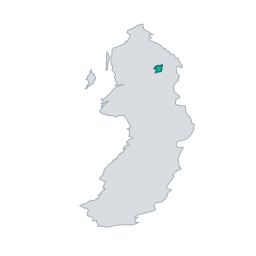 Lidköping, Västra Götaland, Sweden (highlighted), rotated 158°
{"feature_id": "70781695B58829616428329", "entity_name": "Lidköping", "entity_type": "district", "adm_level": 2, "iso_a3": "SWE", "parent_name": "Sweden", "parent_adm1": "Västra Götaland", "projection": "equal_earth", "projection_center": [13.062, 58.573], "detail": "fine", "context": "in_parent", "style": "filled", "palette": "teal", "viewbox_px": 256, "rotation_deg": 158, "n_neighbors": 0, "source": "geoboundaries", "source_scale": "gbopen_adm2", "svg_char_len": 4218}
<svg xmlns="http://www.w3.org/2000/svg" viewBox="0 0 256 256"><g transform="rotate(158 128 128)"><path d="M57.2,164.8L58.2,166.6L60.2,166.3L61.1,165.0L62.2,161.1L60.8,156.8L62.7,155.3L63.9,152.9L66.7,152.2L70.5,149.5L70.8,146.7L71.7,144.7L68.5,138.5L68.3,137.0L73.1,136.2L75.2,132.2L71.9,129.6L66.7,127.1L68.5,119.5L66.3,115.4L66.6,113.7L66.3,111.0L67.6,109.9L65.1,106.1L67.6,103.5L67.1,102.1L74.2,96.9L78.9,95.9L87.6,96.7L89.6,94.7L89.7,93.5L88.9,90.9L84.0,89.4L89.2,84.8L93.3,80.4L94.0,76.1L95.0,74.3L93.9,70.2L99.4,69.7L104.3,68.0L103.6,65.8L114.3,59.1L114.6,57.9L113.7,56.7L111.1,54.7L111.8,53.8L114.7,53.2L116.1,52.3L118.1,49.2L124.0,46.8L130.5,48.4L133.2,45.7L132.9,42.0L135.2,41.6L152.7,43.9L155.5,42.6L152.5,41.8L155.4,40.4L156.2,39.4L156.4,38.4L156.2,37.8L153.8,36.5L159.2,36.3L162.2,36.9L162.5,37.7L174.7,42.1L184.2,43.8L186.9,45.1L188.0,46.4L189.5,46.5L191.3,47.8L193.2,48.5L191.8,49.5L192.0,51.5L192.6,52.5L191.8,54.3L194.9,54.7L195.5,55.8L194.0,56.9L194.3,58.2L198.5,62.0L197.6,63.2L197.5,64.8L195.8,65.9L195.6,67.1L196.0,68.7L196.7,69.4L198.5,69.9L201.7,74.1L198.8,74.4L196.5,73.9L191.2,74.4L190.0,75.0L185.8,73.3L183.6,74.3L182.0,73.4L180.8,74.8L180.6,76.7L178.7,76.5L179.5,77.3L176.9,77.5L176.8,77.8L177.3,78.3L176.6,78.9L173.1,79.1L172.6,79.7L173.7,80.4L173.7,80.9L171.4,80.2L173.0,81.6L173.4,82.6L168.8,86.6L170.5,87.6L172.0,89.9L173.5,91.0L173.0,92.0L168.1,94.6L165.4,98.6L159.2,101.3L155.9,101.9L153.9,103.9L151.3,103.3L151.3,104.4L149.6,103.7L148.4,105.4L146.1,106.8L143.6,106.6L143.3,106.8L144.1,107.2L141.2,107.6L140.4,109.1L138.3,109.5L138.0,110.0L140.1,110.1L139.8,111.3L137.3,112.0L136.4,112.7L135.3,112.7L135.5,112.1L133.9,112.2L133.3,111.5L133.0,111.6L134.2,113.7L133.4,114.5L135.0,115.3L130.6,117.3L127.8,116.5L127.4,117.1L128.1,118.8L130.5,120.2L129.1,121.1L127.7,125.2L128.9,127.6L125.7,127.1L125.9,128.0L125.0,129.1L125.4,130.7L125.2,131.8L125.9,132.7L125.5,133.2L126.1,137.7L127.1,139.6L126.8,141.2L128.2,142.0L130.9,142.2L131.8,143.5L135.2,142.7L137.8,145.3L142.6,147.4L142.4,148.9L145.4,149.9L147.3,151.8L148.0,153.4L147.8,154.4L143.3,157.2L139.7,159.0L136.0,160.1L136.3,160.6L138.1,160.7L142.5,159.4L143.9,160.6L141.5,161.1L141.1,162.7L140.0,163.7L130.2,167.3L129.0,168.4L124.6,170.3L116.6,170.1L115.4,170.5L122.3,171.3L124.0,172.6L120.7,173.5L122.2,176.7L121.4,177.5L121.5,181.0L120.3,181.1L119.8,182.6L120.5,186.2L121.1,187.2L120.9,188.2L119.1,190.7L119.8,193.6L117.7,199.0L115.4,202.1L113.6,206.3L111.5,207.8L109.0,206.9L105.3,207.4L98.6,207.3L97.7,207.7L98.3,209.2L95.8,209.0L91.6,212.3L91.5,213.8L93.2,216.9L91.2,218.9L86.6,218.4L80.6,219.7L75.1,218.7L75.8,217.6L76.2,213.6L70.0,205.3L72.9,206.2L74.1,205.7L72.3,203.0L74.8,202.9L75.6,201.9L75.1,200.4L73.1,199.7L71.3,197.3L69.5,196.0L66.2,191.3L65.0,188.0L63.9,188.3L62.9,184.5L61.2,184.0L60.8,180.2L59.0,179.8L57.8,178.1L57.6,174.8L55.4,174.4L55.7,172.9L55.0,167.2L54.3,165.4L54.9,164.2L56.1,164.0L57.2,164.8ZM150.4,182.2L149.5,182.6L148.9,183.6L147.3,184.2L147.2,187.5L148.7,188.7L147.2,189.3L146.3,191.0L143.6,192.2L142.5,193.3L142.0,195.0L139.7,195.8L141.3,193.4L139.0,190.6L139.5,189.6L139.2,186.4L143.9,182.3L146.1,181.8L147.2,182.3L147.5,181.3L148.3,181.1L150.4,182.2ZM120.1,205.3L118.9,206.0L118.5,205.0L118.5,201.1L121.1,196.5L122.3,196.1L125.4,189.9L125.7,189.5L126.9,189.9L126.1,190.5L126.1,191.5L124.2,194.9L123.7,197.0L122.9,197.6L120.1,205.3ZM151.4,181.0L151.2,181.9L149.9,181.1L151.1,180.1L153.5,180.4L151.4,181.0ZM144.7,157.6L143.3,159.0L142.9,158.4L143.2,157.7L144.7,157.6ZM141.7,164.9L140.9,165.0L141.4,164.0L142.5,163.8L141.7,164.9Z" fill="#d9dde1" stroke="#a8b0b8" stroke-width="1"/><path d="M76.3,168.1L75.4,168.9L74.7,170.3L73.8,171.8L73.5,172.7L72.7,173.1L72.6,173.6L72.9,173.8L73.3,173.8L73.8,173.7L74.1,173.5L74.6,173.5L75.2,173.4L75.3,173.5L75.0,173.8L75.7,173.9L76.1,174.0L76.4,174.2L76.7,174.4L76.6,174.6L76.7,174.8L77.0,174.8L77.3,174.6L77.6,174.4L78.3,174.5L78.7,174.6L78.9,174.7L79.2,174.4L79.4,174.4L79.2,174.1L79.2,173.9L79.4,173.7L79.8,173.5L80.3,173.5L81.0,173.6L81.1,173.3L81.3,173.2L81.1,173.1L80.9,173.0L80.8,172.6L80.4,172.4L80.2,172.4L79.6,172.0L79.6,171.2L80.6,170.2L81.6,169.1L80.0,169.2L79.4,168.8L78.8,168.8L76.3,168.1Z" fill="#14b8a6" stroke="#0f766e" stroke-width="1.5"/></g></svg>